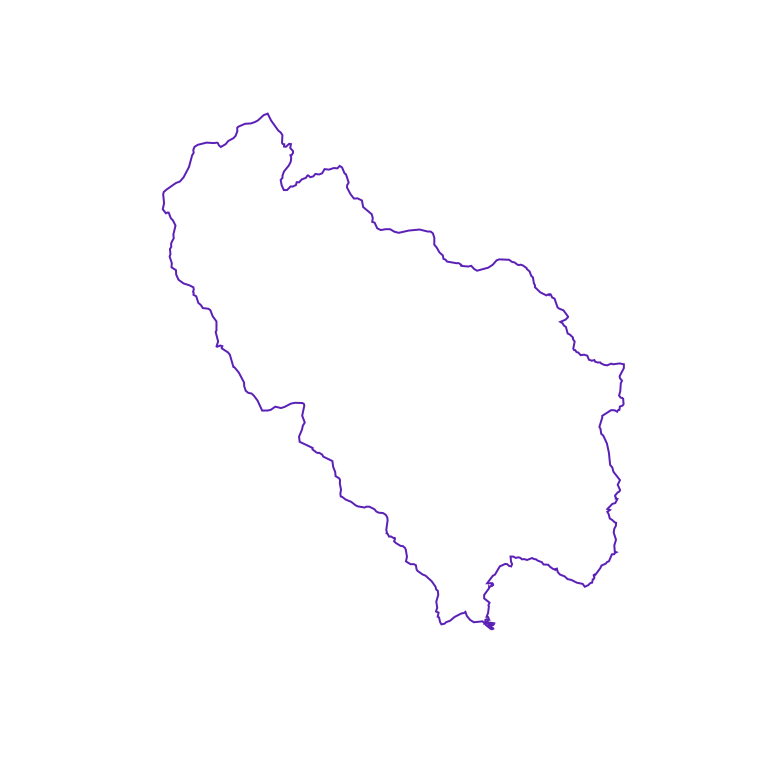 the district of Salistea De Sus, Maramures, Romania, rotated 117°
{"feature_id": "2599482B82116466406118", "entity_name": "Salistea De Sus", "entity_type": "district", "adm_level": 2, "iso_a3": "ROU", "parent_name": "Romania", "parent_adm1": "Maramures", "projection": "equal_earth", "projection_center": [24.362, 47.631], "detail": "fine", "context": "isolated", "style": "outline", "palette": "violet", "viewbox_px": 768, "rotation_deg": 117, "n_neighbors": 0, "source": "geoboundaries", "source_scale": "gbopen_adm2", "svg_char_len": 6166}
<svg xmlns="http://www.w3.org/2000/svg" viewBox="0 0 768 768"><g transform="rotate(117 384 384)"><path d="M315.2,666.9L322.8,662.0L328.7,660.5L330.9,655.8L329.3,654.5L329.1,653.6L332.9,649.4L334.2,646.1L337.5,641.7L346.5,639.5L349.6,637.5L353.7,637.6L355.6,637.4L358.4,635.8L360.9,636.0L365.3,633.2L367.7,632.9L372.7,627.9L376.5,626.3L377.0,621.1L380.9,618.8L384.4,614.4L385.4,608.3L384.4,602.1L384.4,597.7L386.3,596.3L388.6,596.0L389.1,595.0L391.0,594.3L391.1,591.1L396.0,586.3L396.8,583.0L398.6,579.9L396.7,574.7L397.0,572.3L401.4,567.4L404.3,561.7L412.3,557.6L414.1,557.6L421.4,551.1L426.5,550.3L426.6,549.6L424.0,547.3L423.7,545.2L425.6,545.1L425.9,544.5L426.7,537.2L427.9,534.6L437.2,525.9L436.9,525.1L439.7,518.6L446.2,509.4L449.5,507.5L452.8,504.1L453.5,501.0L452.6,497.6L453.4,494.8L456.2,489.1L463.0,480.5L460.4,475.5L458.3,473.1L453.6,470.6L452.2,464.9L449.6,462.2L443.7,458.0L441.1,454.7L438.0,448.0L438.1,446.4L439.4,445.2L449.4,442.5L454.3,437.1L458.0,437.4L461.7,436.4L469.5,435.8L473.8,432.9L473.4,418.5L474.7,418.1L475.6,413.5L475.6,411.9L474.7,410.4L475.0,407.0L476.3,405.1L476.1,395.0L481.0,391.6L484.6,387.5L488.1,385.3L488.4,381.1L489.5,379.6L492.8,378.1L497.7,374.3L501.5,373.1L503.8,371.5L503.6,369.9L504.4,365.6L503.9,359.7L505.0,354.1L504.9,351.7L502.8,345.1L501.3,344.0L500.0,341.4L499.9,335.7L501.1,333.0L501.1,330.5L499.4,326.1L499.8,322.9L501.5,320.4L503.8,318.9L512.8,315.8L515.0,314.0L515.8,314.0L516.0,312.5L517.7,310.2L516.7,308.7L516.9,305.6L516.3,304.6L517.0,303.9L519.6,303.6L520.3,301.1L520.7,295.8L519.9,293.5L520.5,291.0L521.6,289.5L527.5,285.1L532.1,283.9L532.5,278.5L531.0,275.7L531.0,273.3L534.3,270.9L535.3,269.3L536.2,263.0L535.9,260.0L538.1,252.0L541.2,246.1L543.4,244.2L543.8,242.2L547.3,239.9L554.2,238.6L559.2,235.0L563.1,234.4L562.9,231.6L567.0,230.5L567.0,229.0L570.7,225.9L572.1,223.7L570.0,221.2L568.0,220.5L564.9,217.6L559.6,215.4L553.2,210.8L551.8,208.8L550.1,208.0L553.1,204.8L555.1,200.2L555.5,195.8L550.7,188.4L552.5,183.6L553.7,178.0L553.6,176.6L551.8,174.9L552.3,175.9L551.6,178.5L549.8,178.2L548.9,177.1L548.4,177.1L551.6,180.5L551.8,181.6L550.7,181.7L550.6,181.0L550.2,181.5L547.9,179.4L548.4,180.9L549.1,180.7L549.1,181.9L549.7,181.8L549.2,182.6L550.2,182.5L550.4,184.4L550.7,184.0L551.5,185.2L549.5,184.8L549.8,185.8L548.0,186.6L547.0,185.7L547.4,184.1L546.6,184.1L546.3,183.3L544.4,185.5L544.9,186.9L540.8,187.3L534.5,189.6L533.8,190.5L530.9,190.7L529.6,197.4L526.5,199.0L518.4,197.7L516.7,198.4L516.9,197.8L515.9,197.0L514.4,196.9L514.9,196.3L514.7,195.4L514.5,196.1L513.6,195.5L512.9,195.9L512.3,197.0L514.7,201.6L505.5,200.0L503.5,198.6L493.9,198.0L489.3,194.3L488.6,192.4L489.3,190.0L488.8,187.9L486.3,188.1L484.7,190.1L480.3,192.9L479.0,190.3L479.2,187.8L477.4,185.5L477.0,183.6L477.6,181.5L476.3,179.5L475.9,176.7L471.8,173.0L471.9,170.7L471.2,169.1L471.6,166.9L471.1,162.5L472.4,160.0L470.5,155.6L471.5,153.1L472.0,149.5L471.8,147.0L471.0,147.3L470.0,146.1L472.7,143.8L473.9,140.6L473.4,135.7L474.5,131.8L473.5,128.2L473.5,122.1L471.9,116.2L473.5,113.1L470.7,110.8L467.6,109.7L466.5,108.4L463.3,109.3L462.9,108.7L461.1,108.6L459.2,110.4L458.1,109.8L458.5,109.2L457.4,108.9L449.9,107.7L447.0,107.8L443.3,104.8L441.5,104.5L439.8,103.1L432.3,103.6L431.1,101.6L429.9,101.7L428.4,100.6L428.5,102.3L423.3,105.5L417.4,106.6L412.1,111.9L408.4,113.1L405.1,113.0L402.3,114.2L402.5,115.8L401.6,118.6L401.3,121.8L397.8,124.9L396.5,127.0L393.7,125.5L394.0,128.2L387.2,126.1L385.1,123.9L380.5,123.8L380.9,125.5L379.9,125.7L379.4,126.9L378.3,127.5L374.4,126.5L373.1,125.5L371.3,125.5L367.7,130.0L362.5,130.1L358.0,139.8L354.8,142.6L353.4,145.8L343.0,152.5L335.8,158.4L330.5,165.1L329.7,167.9L325.7,170.7L324.5,172.6L314.8,174.3L313.3,175.1L304.2,169.8L302.7,166.4L302.9,163.7L300.9,163.5L300.2,162.5L297.0,163.6L294.9,161.6L293.2,161.4L288.6,164.2L288.3,165.3L288.7,166.9L287.6,169.3L282.9,170.3L275.7,173.4L273.0,173.4L271.8,176.3L270.1,177.6L261.0,177.5L257.5,179.2L258.7,183.4L262.5,188.9L262.7,190.8L266.1,193.7L267.0,196.5L267.1,200.0L266.6,201.0L267.9,203.5L268.2,206.1L267.2,207.4L268.9,209.4L269.3,212.5L266.5,215.7L267.0,219.0L269.0,221.8L267.8,225.1L268.1,227.1L267.0,229.0L267.5,230.0L266.6,231.4L259.6,233.4L258.3,235.9L256.8,236.8L255.6,240.7L255.6,243.3L250.6,247.8L250.3,250.2L248.8,252.5L248.6,255.1L244.2,251.4L240.8,250.4L240.3,250.8L236.9,257.5L237.3,262.4L236.9,264.2L230.5,270.8L230.6,273.4L228.5,276.1L228.6,276.9L229.8,277.2L229.5,278.3L231.3,279.5L231.4,286.3L229.2,293.5L227.5,294.3L226.2,296.2L221.4,299.7L220.8,301.9L217.6,305.4L216.7,308.9L216.0,309.6L215.3,314.1L215.7,316.5L216.7,317.6L217.1,319.3L216.4,322.7L217.1,325.5L216.5,328.9L220.7,338.0L222.7,339.8L228.3,341.2L233.0,343.9L240.8,352.5L240.6,355.9L239.1,359.9L241.1,362.3L243.3,367.8L243.6,369.1L242.7,369.3L242.4,372.4L243.5,374.3L246.3,383.5L245.3,385.5L245.5,387.8L242.7,390.0L241.6,394.3L238.5,399.0L237.0,402.5L230.9,405.5L227.6,408.8L227.0,411.6L228.3,414.3L230.2,422.4L235.9,431.4L242.6,439.5L243.6,443.9L243.3,448.8L245.3,452.8L248.2,456.6L248.4,459.3L248.3,460.8L244.5,465.6L244.9,468.1L241.3,469.3L238.3,472.0L235.8,482.9L230.5,487.0L230.6,491.8L232.4,495.0L230.2,499.8L225.7,506.2L223.6,507.1L220.6,506.9L214.5,513.0L214.2,514.8L210.1,519.7L209.8,522.5L213.0,523.4L214.4,526.8L218.0,530.4L219.5,534.5L224.4,534.8L226.8,537.0L228.0,540.5L231.2,541.3L233.2,543.6L232.6,545.8L232.8,546.8L235.8,547.2L239.1,550.2L242.9,551.2L243.8,553.4L246.8,552.8L249.6,555.0L250.3,556.9L255.2,558.4L256.7,561.3L253.4,565.4L249.1,568.7L246.4,568.0L244.6,569.0L240.0,569.6L232.6,568.0L228.2,568.0L224.3,569.5L222.6,571.2L221.8,570.2L219.3,570.0L217.8,570.8L216.3,574.7L212.5,575.8L213.0,577.5L217.2,579.1L217.8,580.9L215.7,581.7L216.1,583.3L215.5,584.3L208.4,587.5L206.8,590.2L206.2,593.2L200.5,604.2L195.9,610.4L199.1,613.3L206.2,615.9L209.0,617.8L212.2,620.8L215.2,625.9L221.0,630.7L222.3,631.1L225.5,629.4L230.3,628.9L233.2,629.7L238.2,633.1L242.2,634.0L246.9,637.0L246.3,639.4L244.7,641.6L244.8,642.4L246.6,645.0L249.5,651.7L255.4,658.5L258.8,660.5L262.0,660.2L264.5,658.5L267.2,658.8L279.1,656.3L290.8,656.4L296.3,657.8L299.3,660.6L309.8,666.2L312.9,667.4L315.2,666.9Z" fill="none" stroke="#5b21b6" stroke-width="2"/></g></svg>